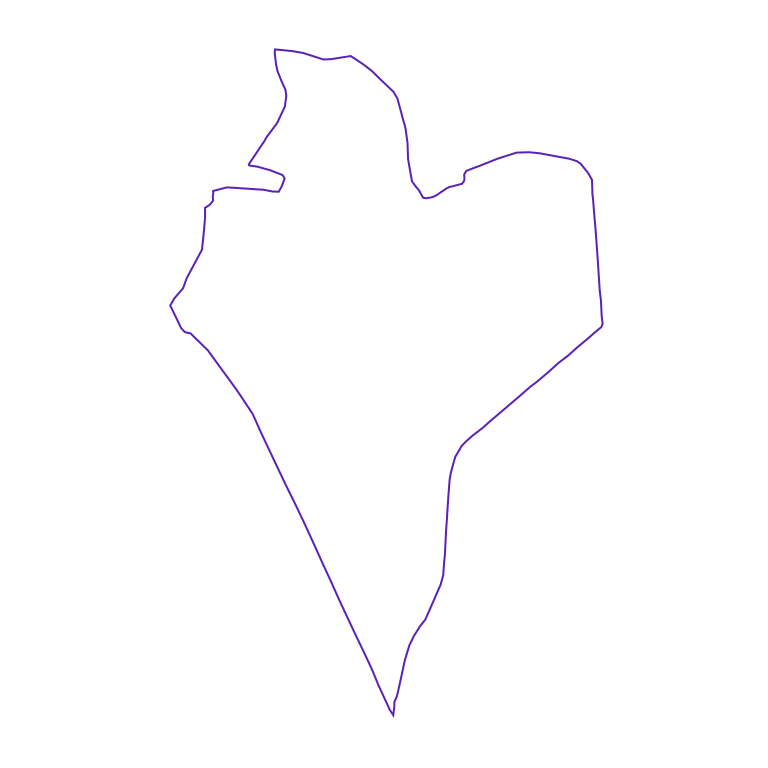 Shahba, As Suwayda', Syria, rotated 92°
{"feature_id": "27442178B615257865565", "entity_name": "Shahba", "entity_type": "district", "adm_level": 2, "iso_a3": "SYR", "parent_name": "Syria", "parent_adm1": "As Suwayda'", "projection": "equal_earth", "projection_center": [36.676, 32.985], "detail": "fine", "context": "isolated", "style": "outline", "palette": "violet", "viewbox_px": 768, "rotation_deg": 92, "n_neighbors": 0, "source": "geoboundaries", "source_scale": "gbopen_adm2", "svg_char_len": 2595}
<svg xmlns="http://www.w3.org/2000/svg" viewBox="0 0 768 768"><g transform="rotate(92 384 384)"><path d="M210.5,179.4L205.4,180.0L191.5,181.6L186.8,182.4L186.1,182.4L185.1,182.4L172.6,183.3L165.7,187.6L156.9,195.3L154.5,199.2L152.4,206.7L148.0,236.5L147.3,247.1L148.1,258.8L148.1,259.5L151.4,268.7L154.6,277.7L155.0,278.6L156.5,282.1L163.2,297.4L163.3,297.7L168.0,308.9L168.3,309.3L171.9,311.2L175.4,310.8L178.2,311.0L181.2,313.0L184.2,323.0L184.7,325.2L186.5,328.6L193.4,338.0L195.2,341.2L196.1,344.3L196.9,348.4L196.7,349.9L196.5,351.4L192.9,353.6L189.2,355.8L185.5,359.2L180.5,363.1L159.9,367.5L159.4,367.6L159.2,367.6L158.9,367.7L158.6,367.8L155.3,368.0L142.3,368.9L127.4,371.5L115.7,375.2L114.9,375.4L113.3,375.9L112.0,376.3L110.4,376.8L110.0,376.9L98.1,380.6L91.5,384.9L88.2,388.6L78.8,399.2L71.3,407.4L64.7,416.7L57.4,428.8L61.2,448.2L61.8,455.9L56.0,476.4L54.5,487.4L53.4,504.5L56.6,504.8L68.1,503.1L75.4,501.2L85.1,496.9L93.5,492.7L99.6,491.7L110.3,492.8L126.9,499.9L141.3,509.9L145.7,512.2L149.0,514.3L152.3,516.3L155.6,518.4L161.0,521.7L165.9,524.8L169.2,526.8L170.3,526.3L171.2,518.2L171.8,515.7L172.4,513.2L173.3,509.5L174.2,505.6L178.7,492.7L179.1,492.4L182.1,490.5L189.3,492.8L195.5,495.9L195.5,502.2L194.0,511.8L193.9,517.5L193.7,523.2L193.5,528.9L193.5,530.7L193.2,538.0L193.1,543.0L193.0,547.9L197.0,561.5L198.3,561.4L199.7,561.2L202.3,561.7L206.7,561.2L210.9,564.3L214.2,569.0L221.6,568.7L224.1,568.6L227.6,568.8L231.0,569.0L233.2,569.1L235.6,569.2L240.2,569.5L256.1,570.6L263.4,574.2L285.2,584.9L295.2,588.1L305.7,596.5L313.0,600.4L313.4,600.2L324.7,594.2L335.1,588.8L339.1,584.9L340.2,579.1L356.6,561.1L361.8,557.1L371.5,549.5L393.8,532.0L395.0,531.1L403.4,525.0L418.5,514.2L436.3,505.5L454.6,496.1L489.5,478.0L506.2,469.0L527.1,458.1L545.8,448.8L565.2,439.2L583.4,430.0L600.8,421.5L617.5,413.0L634.4,404.3L653.2,394.5L669.0,386.4L685.5,378.9L709.3,366.9L714.3,363.4L714.6,363.2L708.4,362.6L707.1,362.5L706.0,362.5L701.4,362.5L695.6,360.2L685.9,358.3L659.2,353.5L644.2,349.5L634.9,345.4L624.6,339.4L618.0,334.5L604.3,329.0L589.0,323.0L585.8,321.7L582.6,320.4L572.7,318.1L560.2,317.7L553.1,317.2L539.0,317.0L526.9,316.8L516.9,316.4L507.9,316.2L489.3,315.6L476.5,315.0L470.5,314.1L464.6,312.8L454.2,310.2L449.4,307.5L448.6,307.1L443.3,304.3L438.8,300.3L432.5,293.7L424.0,283.4L419.3,278.6L407.4,265.6L400.7,258.3L392.5,249.3L381.3,237.3L377.0,231.9L366.5,220.3L356.6,210.1L349.1,200.9L340.6,192.1L330.3,180.6L325.9,176.0L319.5,168.8L316.2,167.6L308.7,168.8L292.9,170.1L283.6,171.6L249.8,175.0L225.4,177.6L210.5,179.4Z" fill="none" stroke="#5b21b6" stroke-width="2"/></g></svg>